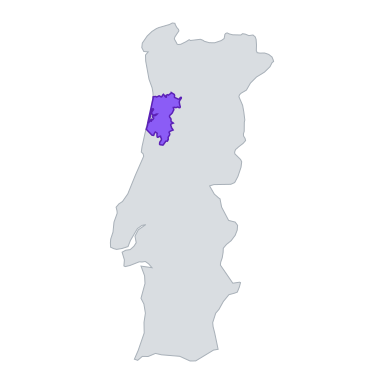 Portugal, with Aveiro highlighted
{"feature_id": "PRT-739", "entity_name": "Aveiro", "entity_type": "District", "adm_level": 1, "iso_a3": "PRT", "parent_name": "Portugal", "parent_adm1": "", "projection": "orthographic", "projection_center": [-8.444, 40.685], "detail": "fine", "context": "in_parent", "style": "filled", "palette": "violet", "viewbox_px": 384, "rotation_deg": 0, "n_neighbors": 0, "source": "natural_earth", "source_scale": "10m", "svg_char_len": 4721}
<svg xmlns="http://www.w3.org/2000/svg" viewBox="0 0 384 384"><path d="M147.2,36.0L151.9,31.5L156.4,28.6L159.0,27.5L169.5,24.5L172.3,23.0L174.9,23.3L175.3,24.7L176.8,27.5L178.5,29.4L178.9,30.9L174.9,36.9L174.3,38.9L176.5,42.8L176.9,43.9L177.9,44.5L180.7,44.3L185.8,41.8L189.2,39.7L190.4,40.5L200.4,39.3L202.8,40.2L204.4,41.3L209.3,42.7L214.6,42.8L221.2,40.6L224.1,38.6L224.6,36.3L224.8,34.6L225.6,33.5L227.1,32.9L229.5,34.0L232.8,34.8L240.9,35.0L242.5,33.7L245.2,34.1L248.9,35.6L253.0,35.0L255.2,36.9L256.1,39.4L256.5,45.0L256.3,50.6L257.2,52.7L260.0,53.1L264.6,53.0L268.7,54.4L272.0,57.0L273.1,59.7L273.6,61.5L272.1,62.6L270.0,66.7L264.5,72.1L256.5,77.0L250.5,83.0L246.4,90.1L241.1,93.2L239.5,94.8L238.9,96.7L242.6,105.3L243.8,111.9L244.8,120.0L244.3,122.3L244.2,131.3L243.4,133.9L243.6,136.1L245.0,138.3L245.6,140.5L243.2,143.3L238.8,146.7L235.5,149.6L234.6,152.2L234.9,153.9L240.6,159.5L241.7,161.8L241.0,167.3L237.9,176.5L234.9,182.2L234.4,182.7L230.8,184.3L213.8,184.6L209.6,185.9L210.2,187.0L214.3,194.1L218.6,197.9L220.0,198.8L221.6,207.1L228.6,220.4L235.2,222.1L237.6,225.4L237.2,230.1L235.2,235.3L231.2,240.6L226.5,244.4L223.3,248.2L223.1,252.5L222.2,257.9L220.7,262.2L220.4,265.1L232.8,283.2L239.6,282.2L240.5,282.6L239.4,286.9L237.3,292.1L234.7,293.1L228.9,294.7L223.4,301.4L219.0,309.3L215.7,313.2L212.7,322.6L213.1,326.7L214.7,333.0L218.1,349.3L213.5,350.1L195.7,360.9L190.1,361.0L179.7,356.3L161.5,354.8L155.5,353.4L148.1,356.5L142.3,356.4L137.7,360.3L134.4,359.2L138.2,350.4L144.2,333.0L144.0,322.4L145.4,313.2L143.9,304.0L141.0,298.3L145.0,283.5L144.6,275.8L141.0,266.1L152.0,267.7L148.6,263.8L145.3,261.5L142.0,262.0L139.3,261.8L129.9,265.5L125.2,266.6L123.9,265.9L124.4,259.9L122.1,252.2L125.8,250.2L130.2,249.6L133.9,246.3L136.2,242.7L135.0,236.1L138.3,229.8L145.8,224.6L141.9,225.4L137.4,228.6L130.4,240.5L128.0,246.6L122.0,248.5L116.6,249.4L113.9,248.7L110.6,247.2L110.4,242.7L110.7,239.1L113.0,232.1L114.0,222.1L117.2,213.2L117.0,210.8L116.1,207.2L119.0,203.8L122.5,201.5L127.8,193.9L135.2,175.6L143.7,156.2L143.1,153.8L141.3,152.0L142.0,146.8L147.1,123.9L149.2,121.0L151.6,114.3L152.1,103.5L153.1,96.0L152.9,92.3L152.1,87.8L149.0,79.2L145.7,61.1L145.5,55.0L148.2,51.9L143.8,51.5L141.8,47.6L142.3,43.1L147.2,36.0Z" fill="#d9dde1" stroke="#a8b0b8" stroke-width="1"/><path d="M146.3,129.4L146.5,128.5L147.5,125.5L148.1,121.6L148.3,121.4L148.5,121.2L148.6,122.6L148.5,123.1L149.5,121.4L150.3,120.8L151.0,121.2L151.3,121.2L151.3,120.8L151.2,120.7L151.0,120.3L150.8,119.8L151.0,119.5L151.5,119.2L151.7,119.4L151.9,119.7L152.2,119.9L152.7,119.7L153.1,119.2L153.7,118.1L152.9,117.6L152.5,116.9L152.6,116.2L153.5,115.8L154.7,115.7L155.6,115.4L156.4,114.8L157.1,114.1L156.3,114.1L155.0,114.8L154.0,115.0L153.8,115.1L153.5,115.1L152.4,114.6L152.0,114.1L151.6,112.3L153.5,109.6L153.0,108.2L153.0,109.3L152.6,110.2L152.3,110.4L152.0,109.5L151.3,110.9L150.8,112.6L150.4,114.4L150.3,116.1L150.1,117.1L149.5,118.7L148.9,120.1L148.2,120.8L153.1,98.4L153.1,96.9L153.6,96.7L155.7,96.5L156.5,97.0L158.1,96.4L158.9,95.9L159.5,95.9L159.9,96.1L160.3,96.5L161.1,96.9L161.6,96.8L161.9,96.6L162.3,95.7L162.5,95.3L163.4,94.3L164.4,95.4L164.6,95.8L165.0,96.5L165.9,97.2L166.3,97.2L166.4,96.9L166.4,96.5L166.1,96.1L166.1,95.7L166.1,95.4L167.4,94.7L168.4,95.1L170.8,93.4L171.0,93.2L171.2,92.5L174.2,94.4L174.4,94.8L174.6,95.5L174.5,95.9L174.5,97.4L178.2,99.1L178.8,99.1L179.5,99.0L179.8,98.2L180.0,98.0L180.1,97.8L180.8,97.3L181.1,97.3L181.3,97.5L181.3,97.8L181.3,98.0L181.2,98.4L179.6,100.7L179.4,101.4L179.3,102.2L179.3,102.6L179.5,103.5L179.8,105.2L180.2,106.4L180.2,107.2L179.9,107.6L179.5,107.7L179.1,107.7L178.7,107.5L178.3,107.2L177.8,107.0L177.3,107.1L176.4,107.5L175.8,107.6L175.2,107.5L174.8,107.3L173.3,107.5L173.8,109.5L173.8,109.9L173.3,110.7L172.3,112.9L171.1,114.2L170.0,115.1L169.5,116.0L169.5,116.5L169.6,117.0L169.8,117.4L170.5,118.1L170.8,118.7L171.0,119.1L171.0,121.0L171.4,121.9L171.6,122.0L172.5,122.4L173.3,123.1L171.3,123.9L171.0,124.2L170.7,124.7L170.7,125.2L171.3,126.6L171.6,127.8L171.9,128.2L172.2,128.6L172.5,129.0L173.1,130.0L170.4,131.1L169.2,132.0L169.1,132.3L169.2,132.8L169.7,133.7L169.7,134.6L169.5,135.1L168.1,137.3L168.3,139.4L167.8,139.8L167.9,140.4L167.3,141.2L166.2,141.1L165.8,141.2L165.4,141.7L165.1,142.3L164.0,143.7L163.7,144.3L163.3,144.8L162.9,145.1L160.0,144.7L159.6,144.3L159.6,143.9L159.6,143.3L159.7,142.6L160.1,141.6L160.4,141.2L160.7,140.9L160.8,140.8L161.0,140.6L161.4,139.5L161.4,139.1L161.4,138.6L160.8,137.5L160.5,136.2L159.9,136.3L159.2,136.6L158.3,137.1L157.9,137.3L157.5,137.2L157.1,136.8L157.0,135.6L156.9,134.9L157.2,133.3L155.3,132.0L154.2,133.7L154.0,134.7L153.6,135.4L152.0,135.2L146.5,129.5L146.3,129.4Z" fill="#8b5cf6" stroke="#5b21b6" stroke-width="1.5"/></svg>